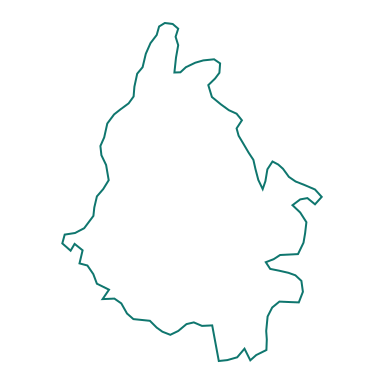 Vista Gaúcha, Rio Grande do Sul, Brazil (Equal Earth projection)
{"feature_id": "56859067B34602546660204", "entity_name": "Vista Gaúcha", "entity_type": "district", "adm_level": 2, "iso_a3": "BRA", "parent_name": "Brazil", "parent_adm1": "Rio Grande do Sul", "projection": "equal_earth", "projection_center": [-53.696, -27.259], "detail": "fine", "context": "isolated", "style": "outline", "palette": "teal", "viewbox_px": 384, "rotation_deg": 0, "n_neighbors": 0, "source": "geoboundaries", "source_scale": "gbopen_adm2", "svg_char_len": 1515}
<svg xmlns="http://www.w3.org/2000/svg" viewBox="0 0 384 384"><path d="M62.3,243.4L70.6,250.7L74.6,243.9L82.6,250.3L79.5,263.4L87.4,265.5L93.3,274.1L96.9,283.7L109.0,289.7L102.6,299.1L114.4,298.6L121.3,303.4L127.0,313.5L133.4,319.1L149.9,320.8L156.7,327.6L162.4,331.7L170.3,334.8L178.2,331.0L186.5,324.1L193.8,322.4L202.0,325.9L212.2,325.4L218.8,361.0L227.3,360.1L237.2,357.3L244.5,348.7L250.3,360.3L256.3,355.0L266.4,350.0L266.8,339.5L266.2,331.0L267.6,316.5L272.2,307.5L279.4,301.6L290.7,302.1L298.8,302.4L302.9,291.8L301.4,280.9L295.4,275.3L288.4,272.8L279.2,270.7L270.2,268.9L265.8,262.2L273.8,259.1L280.1,255.0L298.0,254.1L303.5,242.7L305.1,233.3L306.4,222.2L300.2,212.5L292.5,205.2L300.2,199.4L307.4,198.1L315.0,204.3L321.7,196.9L315.0,189.5L304.5,185.0L295.6,181.5L288.9,176.9L283.0,168.8L278.2,164.5L272.5,161.5L267.4,169.3L265.4,181.2L262.7,189.1L258.3,179.9L255.4,168.8L253.4,159.9L248.6,152.6L243.3,143.6L238.6,135.7L236.6,128.4L241.9,120.3L236.6,113.7L228.9,110.2L220.8,104.3L211.9,97.0L208.3,85.1L215.1,78.5L219.4,72.8L220.1,63.4L214.1,59.3L203.3,60.4L195.3,62.7L185.9,67.2L180.4,72.3L174.4,72.5L176.0,57.6L178.2,45.2L175.6,36.8L178.2,28.7L172.7,24.0L164.8,23.0L159.1,26.5L156.7,35.0L150.5,43.1L145.8,53.8L142.6,67.2L137.2,73.7L134.4,86.7L133.6,96.5L128.6,103.4L120.7,109.2L114.1,114.4L107.3,123.5L104.2,137.4L100.4,146.0L101.4,155.2L106.1,165.0L108.7,180.2L103.2,189.1L96.9,196.4L94.3,207.5L93.4,215.9L84.2,228.2L75.0,233.0L64.7,234.6L62.3,243.4Z" fill="none" stroke="#0f766e" stroke-width="2"/></svg>